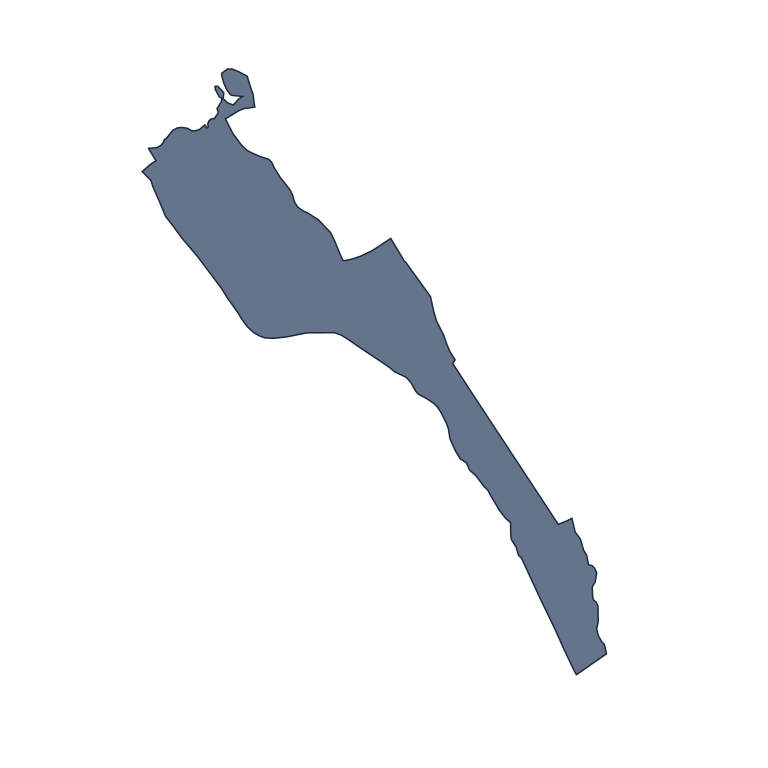 outline of Gagaemauga I (PART), A'ana, Samoa, rotated 326°
{"feature_id": "51752279B78880498357537", "entity_name": "Gagaemauga I (PART)", "entity_type": "district", "adm_level": 2, "iso_a3": "WSM", "parent_name": "Samoa", "parent_adm1": "A'ana", "projection": "albers", "projection_center": [-171.869, -13.827], "detail": "fine", "context": "isolated", "style": "filled", "palette": "slate", "viewbox_px": 768, "rotation_deg": 326, "n_neighbors": 0, "source": "geoboundaries", "source_scale": "gbopen_adm2", "svg_char_len": 2141}
<svg xmlns="http://www.w3.org/2000/svg" viewBox="0 0 768 768"><g transform="rotate(326 384 384)"><path d="M437.8,69.8L438.6,65.8L442.7,52.3L437.8,43.2L434.0,37.7L430.4,35.4L423.3,35.6L421.9,37.6L419.5,44.7L418.3,51.2L418.4,58.0L419.3,59.7L427.5,66.5L422.8,66.4L415.0,68.4L411.5,63.4L410.3,57.6L414.1,52.8L412.7,44.2L410.3,42.7L408.9,45.4L408.0,53.7L409.3,56.4L407.1,59.0L399.6,62.3L398.3,66.6L391.6,69.1L389.2,67.6L386.3,67.8L383.6,69.5L381.8,72.7L380.2,72.8L380.5,69.0L373.4,69.8L368.9,68.5L366.3,66.6L363.8,61.8L359.5,58.0L355.8,56.1L350.7,55.6L340.9,58.6L338.6,58.4L336.4,60.3L332.1,61.4L327.6,61.0L320.0,56.6L320.5,56.8L319.8,71.4L313.1,71.3L302.3,72.7L304.6,85.1L302.8,90.9L299.8,107.5L296.6,123.0L297.5,135.9L298.1,150.8L300.7,174.0L302.7,213.8L302.3,225.2L302.8,244.2L302.3,250.6L302.7,259.9L304.8,268.9L307.9,274.9L311.1,279.2L318.5,284.7L329.4,290.4L349.1,298.7L371.5,313.7L375.5,319.0L378.3,324.7L383.3,337.6L397.3,371.9L399.6,379.8L406.1,390.8L407.1,397.8L406.2,407.5L406.7,411.6L410.6,418.8L414.3,427.5L415.4,433.0L415.3,439.8L413.7,451.8L412.3,457.2L408.0,466.5L405.8,479.2L405.4,488.8L408.2,495.5L406.8,503.3L408.9,511.6L409.6,525.1L410.7,530.0L410.0,536.3L409.0,554.1L409.7,563.2L411.4,569.7L404.6,580.1L402.6,584.2L402.3,593.3L399.7,601.2L400.6,605.3L393.4,650.0L388.6,683.2L384.6,706.0L381.2,729.1L381.0,732.6L417.6,732.1L421.1,723.0L420.4,719.2L421.0,712.2L423.5,705.7L428.7,700.9L437.2,687.8L437.9,683.4L437.0,680.5L437.8,677.4L443.3,668.6L448.5,666.1L454.7,659.6L455.6,654.3L455.0,650.9L452.4,648.2L456.2,639.7L456.6,633.3L460.1,622.4L459.7,613.6L464.7,600.4L459.3,599.8L450.0,597.8L451.7,452.6L452.4,405.5L456.4,403.8L456.9,393.2L458.5,385.4L460.9,376.3L462.7,361.4L465.9,351.3L471.4,337.5L470.1,295.2L469.6,293.4L471.0,267.1L448.6,266.8L436.3,265.0L427.4,262.6L419.2,259.2L419.5,255.1L423.1,237.6L424.4,228.5L421.5,211.5L416.5,199.7L413.5,194.9L411.4,188.8L411.6,183.0L414.0,175.9L414.7,170.4L413.5,155.0L413.9,143.6L414.9,137.4L414.2,133.4L408.3,125.9L403.3,117.9L401.1,113.5L399.4,106.0L398.8,91.6L400.8,75.5L416.9,76.3L421.7,77.3L431.7,82.2L437.8,69.8Z" fill="#64748b" stroke="#1e293b" stroke-width="1.5"/></g></svg>